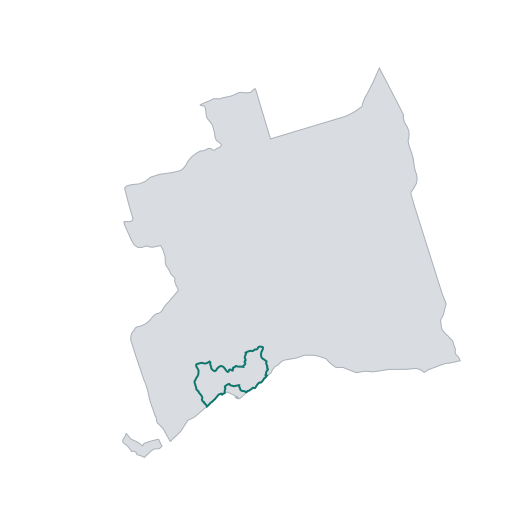 location of Bengo within Angola, rotated 252°
{"feature_id": "AGO-1877", "entity_name": "Bengo", "entity_type": "Province", "adm_level": 1, "iso_a3": "AGO", "parent_name": "Angola", "parent_adm1": "", "projection": "albers", "projection_center": [13.878, -9.029], "detail": "fine", "context": "in_parent", "style": "outline", "palette": "teal", "viewbox_px": 512, "rotation_deg": 252, "n_neighbors": 0, "source": "natural_earth", "source_scale": "10m", "svg_char_len": 7707}
<svg xmlns="http://www.w3.org/2000/svg" viewBox="0 0 512 512"><g transform="rotate(252 256 256)"><path d="M417.0,249.7L417.5,253.3L417.9,258.2L418.2,261.8L418.6,263.4L418.7,264.2L418.2,265.1L417.8,267.2L417.0,269.1L416.5,270.4L416.8,272.8L416.0,279.9L415.8,283.4L416.7,289.7L416.5,291.6L414.1,297.3L413.5,300.2L413.3,301.7L415.5,306.0L415.3,306.9L413.6,307.1L412.1,307.1L362.9,305.9L361.3,379.2L361.2,385.4L362.6,393.7L365.3,402.7L366.4,403.6L369.2,405.3L373.2,408.7L375.4,411.3L379.9,415.9L385.8,421.7L396.7,431.4L359.5,437.6L345.3,439.8L344.1,439.8L342.0,438.8L337.4,438.5L332.1,439.7L327.8,440.0L324.7,439.3L321.7,438.1L318.7,436.3L313.5,435.6L306.2,435.9L299.1,435.5L292.3,434.2L287.4,433.7L284.4,433.9L281.3,433.5L277.9,432.4L275.2,430.7L271.8,427.1L269.2,423.7L268.5,423.2L267.7,422.6L266.9,422.5L252.2,422.1L163.0,421.4L152.7,422.0L151.9,421.9L150.6,421.5L149.7,420.7L146.8,418.8L144.2,417.3L140.8,414.8L138.5,412.1L136.6,411.3L133.3,410.8L130.8,410.3L128.7,410.2L125.1,411.5L122.4,412.8L120.5,414.0L117.1,415.4L114.3,416.8L109.4,416.7L108.3,416.9L105.6,416.8L103.0,415.6L100.4,415.7L97.5,417.3L93.3,417.9L94.2,407.8L95.2,403.3L95.2,397.9L94.5,384.0L93.8,382.1L93.3,379.9L95.9,378.2L97.2,376.9L99.0,374.6L100.2,371.3L101.7,364.2L107.0,347.7L109.6,331.6L112.8,324.0L114.0,315.4L123.1,304.3L125.4,297.5L130.1,294.1L136.8,290.6L141.6,284.2L143.9,279.9L146.6,271.5L146.5,262.7L148.2,251.0L147.8,247.6L145.3,242.9L144.9,239.6L142.5,236.3L140.0,233.9L138.8,229.4L134.5,222.5L133.3,217.8L131.2,214.5L130.9,210.3L129.8,206.0L127.6,201.7L125.5,196.8L125.5,195.2L126.8,193.4L128.1,192.7L127.6,193.7L126.8,194.8L127.0,195.6L135.2,187.0L135.7,185.3L135.4,183.4L135.3,181.1L135.7,178.4L127.9,162.5L121.8,147.7L120.7,140.2L112.6,130.4L109.3,124.0L107.5,119.5L106.1,117.8L106.6,116.9L108.7,116.7L113.4,115.6L119.7,114.5L125.6,111.9L127.2,110.7L130.3,110.5L133.5,111.2L134.7,110.7L135.4,110.6L142.9,110.6L146.0,110.4L151.7,110.5L155.4,110.7L157.4,111.0L163.0,111.5L170.0,111.4L172.5,111.1L181.6,111.0L198.8,110.8L207.8,110.9L214.7,110.9L217.8,111.9L220.6,113.7L221.9,115.3L222.5,116.0L223.4,117.7L224.9,119.1L225.4,121.2L225.0,124.0L225.2,127.4L226.0,131.4L227.9,135.5L230.7,139.9L231.9,143.4L231.5,145.9L232.4,148.7L234.5,151.5L236.0,153.1L236.9,154.2L239.3,158.6L246.9,170.9L248.1,171.6L249.8,171.4L253.4,170.9L257.0,170.8L259.6,171.9L260.6,171.8L264.5,169.7L268.4,169.1L272.4,168.3L274.5,167.5L276.9,167.5L283.4,169.3L284.7,169.4L290.0,169.4L295.3,168.6L296.2,161.6L296.3,160.2L297.6,157.5L299.2,155.3L299.5,153.1L299.4,150.1L300.6,146.4L304.3,143.6L310.0,142.3L313.3,142.1L318.5,141.4L326.4,140.7L329.3,140.9L329.5,141.3L327.7,146.3L327.7,147.9L328.3,149.6L329.6,150.5L345.2,151.0L360.2,151.9L361.0,152.2L361.7,152.5L362.6,155.1L362.3,159.9L360.7,167.0L361.1,173.7L363.5,180.0L363.5,189.5L361.2,202.3L360.6,210.4L361.7,213.8L364.1,217.4L367.7,221.2L370.5,226.1L372.4,232.0L373.1,235.8L372.5,237.3L372.5,240.0L373.0,243.7L372.3,246.2L370.2,247.4L369.5,249.1L370.4,252.4L370.6,255.3L372.0,257.3L372.9,257.5L375.0,256.4L377.5,254.5L379.5,253.8L382.3,253.9L386.3,254.6L393.2,255.0L395.3,254.7L401.9,252.2L403.6,252.0L406.1,252.3L409.7,253.2L413.3,253.5L415.2,252.7L415.3,251.6L416.0,250.2L417.0,249.7ZM127.3,77.5L126.8,78.0L123.9,79.2L120.7,80.3L116.5,84.9L114.4,86.8L113.8,87.3L111.9,88.4L110.5,89.4L110.6,89.9L111.5,90.5L112.4,91.4L112.4,98.9L112.0,106.2L111.5,106.8L108.8,107.1L105.3,107.6L104.2,107.9L103.8,107.2L102.6,104.5L103.3,102.0L104.0,100.1L103.1,96.2L101.3,92.8L99.4,88.4L98.8,87.6L100.4,86.2L102.8,83.1L103.8,81.5L106.6,81.1L107.7,80.0L108.4,78.2L108.7,77.2L111.8,76.3L115.6,74.8L117.7,73.1L119.8,72.0L121.2,72.0L122.1,72.4L124.5,75.3L126.6,77.1L127.3,77.5Z" fill="#d9dde1" stroke="#a8b0b8" stroke-width="1"/><path d="M135.5,184.1L135.3,183.7L135.0,181.9L134.7,181.0L135.1,181.0L135.3,181.0L135.5,181.0L135.7,180.7L135.8,180.4L135.8,178.4L135.7,177.8L135.4,177.1L132.9,173.2L132.6,173.0L132.2,171.8L132.0,171.3L131.8,171.0L131.5,170.3L131.3,170.0L130.8,169.0L130.6,167.8L128.8,164.6L128.0,162.8L129.5,162.6L130.2,162.4L130.7,162.2L130.9,162.1L131.2,162.0L131.3,161.8L132.0,161.3L132.4,161.4L132.5,161.5L132.9,161.6L133.1,161.5L133.2,161.4L133.3,161.3L133.3,161.2L133.5,160.9L133.8,160.7L134.1,160.6L134.7,160.3L135.7,160.1L136.0,160.1L136.5,160.3L137.0,160.7L137.1,160.8L137.4,161.0L137.5,161.1L138.0,161.2L138.7,161.2L139.0,161.2L142.1,160.3L142.3,160.2L142.5,160.0L142.6,159.9L142.9,159.8L143.4,159.6L143.8,159.5L144.7,159.5L145.0,159.5L145.2,159.4L145.3,159.3L145.4,159.2L145.5,159.2L145.9,159.0L146.1,158.8L146.3,158.7L147.0,158.4L147.4,158.1L149.3,158.4L154.8,158.5L155.6,158.7L156.2,159.2L156.6,159.8L158.5,161.6L160.0,163.5L160.7,164.1L161.4,164.6L163.5,165.5L164.3,165.8L164.9,165.9L165.8,165.9L169.6,165.1L170.9,165.4L171.3,165.8L171.5,166.4L171.3,170.8L171.1,171.5L170.0,173.3L169.6,174.0L169.4,174.7L169.3,175.9L169.4,176.9L170.0,179.2L169.3,179.5L169.0,179.7L168.9,179.7L168.6,179.6L168.5,179.4L168.4,179.4L168.2,179.3L167.1,179.0L166.9,179.0L166.3,179.0L165.9,179.0L165.7,179.0L164.5,179.1L164.4,179.1L163.8,178.9L163.5,178.8L162.8,178.8L162.4,178.9L161.5,179.3L160.3,180.0L159.3,181.0L159.3,181.8L159.3,182.1L159.5,182.5L159.9,183.1L160.6,183.8L161.2,184.6L162.1,187.2L162.3,187.8L162.2,188.4L162.0,189.0L161.7,189.6L161.2,190.2L160.6,190.6L159.7,191.1L158.6,191.6L155.5,192.5L154.6,193.2L154.4,193.7L154.5,194.1L154.9,194.5L155.9,195.2L156.1,195.4L156.1,195.7L156.1,196.2L155.7,196.9L155.2,197.4L154.6,197.7L154.3,198.0L154.3,198.5L154.9,198.9L156.3,199.4L156.8,199.7L157.0,200.3L156.9,200.8L156.8,201.3L157.2,202.0L157.6,202.6L157.6,202.8L157.4,203.3L156.6,204.4L156.2,205.0L155.6,207.1L154.5,209.6L154.8,209.6L155.6,210.3L156.2,211.9L156.6,212.4L157.0,212.6L157.7,212.6L158.3,212.5L158.7,212.3L158.9,212.4L159.4,212.8L159.5,212.9L159.6,213.0L159.7,213.7L159.9,213.8L160.8,214.0L161.1,214.1L162.0,213.8L162.7,213.9L163.2,214.0L163.7,214.3L164.2,214.6L164.9,215.3L165.1,215.5L165.8,215.9L166.0,216.0L166.4,216.5L166.6,216.6L166.8,216.5L167.0,216.3L167.2,216.2L167.3,216.2L167.6,218.4L167.6,220.4L167.6,221.3L167.3,222.0L167.0,222.5L166.6,223.3L166.7,223.9L167.2,225.4L167.4,226.3L167.2,227.0L167.0,227.7L167.1,228.2L167.4,228.9L167.8,229.3L168.6,230.0L168.7,231.2L168.6,231.7L168.4,232.4L167.7,233.6L166.9,234.4L165.1,233.5L164.0,232.5L163.5,231.9L162.8,231.3L160.8,230.3L160.0,230.1L159.2,230.0L158.6,229.9L158.0,229.9L157.4,230.1L156.7,230.4L156.1,230.8L154.4,232.2L153.4,232.8L152.9,233.3L152.7,233.4L152.3,233.4L152.2,233.4L152.0,233.1L151.7,232.9L151.3,232.7L150.6,232.5L150.1,232.4L149.7,232.5L148.1,232.7L147.8,232.7L147.6,232.6L147.5,232.4L147.3,232.3L147.0,232.2L146.2,232.2L145.8,232.1L145.1,231.9L144.9,231.9L144.8,232.0L144.8,232.3L144.5,232.3L144.4,232.3L144.3,232.2L144.1,231.8L143.2,230.7L142.9,230.3L142.6,230.0L141.4,229.3L141.1,229.2L140.8,229.2L140.6,229.1L140.4,228.8L140.3,228.6L139.9,228.3L139.6,228.2L139.3,228.2L139.2,228.2L139.1,228.3L138.7,229.2L137.8,227.9L137.4,227.3L137.1,226.0L136.7,225.5L135.7,224.4L134.1,221.8L134.2,221.4L134.4,221.1L134.6,220.5L134.4,219.4L133.8,218.2L133.0,217.1L130.9,214.6L130.7,214.1L130.9,213.6L131.4,213.0L131.6,212.5L131.6,212.1L131.4,211.5L131.2,211.1L131.0,210.9L131.0,210.6L130.1,208.1L130.1,207.5L130.2,206.3L130.0,205.9L129.5,205.0L129.4,204.4L130.3,204.0L130.5,203.8L131.1,203.0L131.5,202.0L132.1,200.9L133.1,200.1L133.7,199.8L134.2,199.8L135.2,199.9L135.8,199.9L136.2,199.7L136.6,199.7L137.1,199.7L138.3,200.1L138.5,199.5L139.0,194.6L140.0,193.3L140.8,191.9L141.4,191.4L141.8,191.2L142.6,191.0L142.7,190.1L142.5,188.9L142.0,187.2L141.7,186.4L141.2,185.9L140.6,185.8L140.1,186.0L139.7,185.9L139.4,185.9L138.1,184.9L137.5,184.6L137.0,184.4L135.5,184.1L135.5,184.1Z" fill="none" stroke="#0f766e" stroke-width="2"/></g></svg>